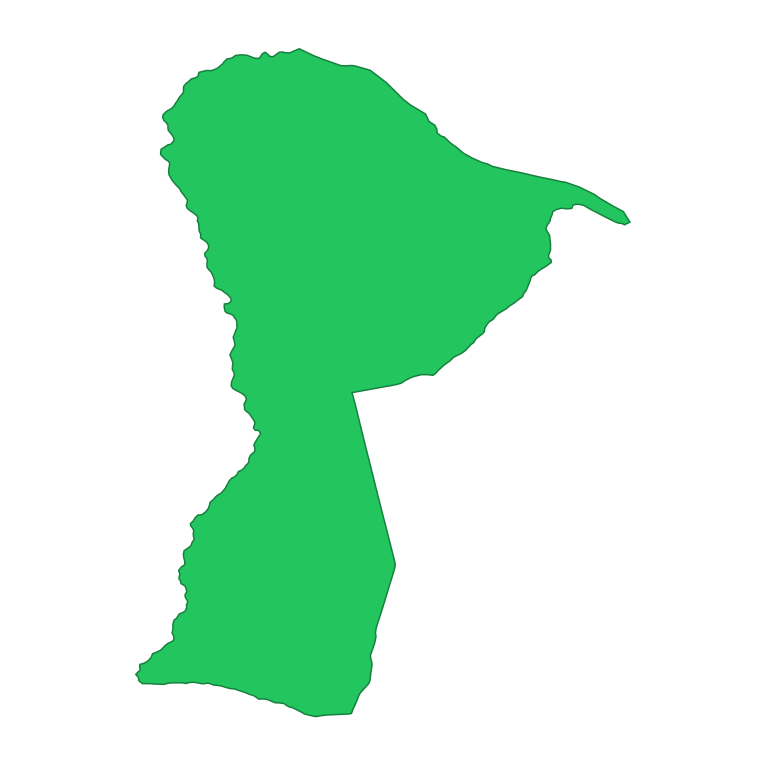 Bataguassu, Mato Grosso do Sul, Brazil, rotated 271°
{"feature_id": "56859067B16136345654597", "entity_name": "Bataguassu", "entity_type": "district", "adm_level": 2, "iso_a3": "BRA", "parent_name": "Brazil", "parent_adm1": "Mato Grosso do Sul", "projection": "equal_earth", "projection_center": [-52.609, -21.865], "detail": "fine", "context": "isolated", "style": "filled", "palette": "green", "viewbox_px": 768, "rotation_deg": 271, "n_neighbors": 0, "source": "geoboundaries", "source_scale": "gbopen_adm2", "svg_char_len": 5944}
<svg xmlns="http://www.w3.org/2000/svg" viewBox="0 0 768 768"><g transform="rotate(271 384 384)"><path d="M717.7,293.5L716.1,289.9L714.9,287.0L713.4,284.0L713.5,279.6L714.2,276.5L713.9,273.6L712.3,271.3L710.6,269.2L709.3,267.1L709.6,264.0L711.7,261.9L713.6,259.5L712.2,256.7L710.1,255.4L707.4,253.7L707.5,249.1L708.9,245.1L710.2,241.7L710.6,237.8L710.5,234.3L709.9,229.9L707.2,226.1L706.2,221.3L703.3,218.4L701.4,217.2L699.6,215.1L697.8,213.2L696.2,210.7L694.3,206.1L694.4,201.0L693.3,197.0L692.4,193.6L688.4,192.6L687.0,190.5L685.7,186.1L682.9,183.1L680.7,180.6L678.0,178.5L675.4,178.3L672.9,178.5L670.5,177.4L667.6,174.7L663.2,172.2L660.8,170.5L658.4,169.2L655.6,166.6L652.9,161.9L649.5,158.5L646.6,158.0L643.7,159.3L641.4,161.9L638.8,163.5L636.1,163.5L633.6,164.0L631.4,166.1L629.2,167.7L626.4,169.6L623.8,169.8L620.2,166.9L619.2,163.5L616.7,159.9L614.8,157.0L611.7,156.7L609.6,156.7L607.3,158.8L604.8,161.4L603.1,164.3L601.3,165.8L598.5,165.7L596.2,165.2L593.3,164.9L589.4,165.4L586.4,167.2L584.2,168.4L581.8,170.4L580.0,172.0L578.1,173.8L575.6,176.4L573.4,177.4L571.3,179.0L568.3,181.4L564.4,184.3L561.6,183.9L559.1,183.1L556.0,184.3L553.4,187.8L551.6,190.6L549.1,193.8L547.1,195.1L543.7,194.5L541.1,195.9L537.6,196.2L534.1,196.4L530.4,198.2L526.9,198.0L522.9,204.0L520.1,206.0L517.3,206.3L514.4,205.1L511.6,202.5L508.9,202.8L506.3,204.8L503.6,205.2L501.1,204.9L497.5,205.1L495.3,206.8L492.6,209.4L488.9,211.3L485.7,212.4L482.2,212.9L479.0,212.4L477.1,214.7L476.0,217.3L474.9,220.2L472.6,223.1L470.5,226.3L466.8,229.5L464.0,229.7L461.7,226.8L461.2,223.0L457.7,222.9L454.0,223.8L452.4,225.5L451.3,229.4L449.8,232.1L447.6,233.5L445.6,235.1L443.5,235.8L440.6,235.8L437.4,236.1L434.7,234.7L431.6,233.8L428.0,232.4L424.2,233.6L419.9,234.4L416.9,232.6L414.1,231.1L410.3,229.5L402.6,232.6L399.2,232.2L395.8,232.1L393.2,233.6L390.3,234.3L386.6,232.7L383.1,231.5L379.6,231.2L377.1,232.7L375.3,235.6L374.2,238.0L372.2,241.9L369.6,245.4L366.5,246.7L364.1,245.8L361.6,244.5L358.2,244.9L356.0,245.1L354.3,246.9L351.9,250.0L349.1,251.9L346.1,254.1L342.8,255.8L337.9,254.2L335.5,256.0L335.7,259.0L332.4,261.6L328.5,259.2L326.4,257.9L323.3,256.1L320.5,255.0L317.2,256.1L314.2,255.8L310.8,252.0L307.3,250.3L304.5,250.3L302.2,249.4L300.0,247.1L297.7,245.7L295.5,243.4L293.9,239.9L291.0,238.7L288.7,236.4L287.1,233.2L284.3,230.8L281.4,229.4L279.4,228.3L276.9,227.1L274.5,225.1L271.9,222.9L269.7,219.2L267.7,217.2L265.3,215.3L262.9,212.3L259.1,211.4L256.1,210.3L252.8,207.7L250.1,204.0L249.7,200.2L247.1,197.6L243.4,195.4L241.1,192.9L238.9,193.2L236.8,194.9L234.2,196.4L231.6,195.9L228.5,196.1L225.4,197.0L222.7,195.1L219.8,194.1L217.9,192.7L216.4,190.7L213.9,187.1L210.4,186.4L207.5,186.7L203.4,187.8L199.9,188.0L197.7,184.8L194.1,181.9L190.1,183.3L187.7,182.5L185.3,182.5L183.6,184.0L180.9,184.5L178.6,188.6L175.3,189.9L172.8,190.4L170.2,188.9L167.6,188.9L164.8,190.7L162.3,191.6L159.9,190.3L156.6,190.6L153.6,189.2L151.9,186.7L150.7,183.5L148.7,182.2L146.2,180.7L144.2,178.3L142.1,177.6L139.4,177.1L135.9,177.3L133.5,176.9L131.1,176.5L127.9,178.3L124.7,178.3L122.8,176.6L121.0,172.7L118.8,169.8L116.5,167.8L114.0,165.4L111.8,161.0L110.3,157.3L106.3,155.8L102.9,152.7L100.7,149.2L99.4,144.9L96.4,144.6L94.0,145.4L91.9,143.2L89.2,140.9L86.3,143.6L83.1,144.0L80.2,147.7L80.3,152.6L80.3,155.7L80.0,158.8L80.0,162.8L79.8,167.5L80.1,170.4L81.1,173.3L81.4,176.4L81.6,181.1L81.6,184.5L81.7,188.0L81.1,190.9L82.3,195.6L82.4,199.4L82.0,202.2L81.2,207.0L81.2,209.8L81.9,212.4L81.3,215.7L80.0,218.8L79.8,223.0L79.1,226.9L77.9,231.1L76.8,235.4L76.4,240.4L75.1,243.9L73.8,248.5L72.4,252.4L71.2,255.3L70.4,258.5L69.0,261.0L66.8,264.2L67.0,269.7L66.4,273.2L64.5,277.8L63.4,280.8L63.3,285.1L62.8,289.6L60.7,292.4L59.4,295.2L58.7,298.4L57.6,300.7L56.1,303.7L54.7,306.7L52.7,310.2L51.6,314.9L50.8,318.6L50.3,322.1L51.4,327.7L52.1,333.0L53.4,354.1L54.0,357.2L57.7,358.4L62.7,360.7L67.7,362.7L73.1,364.7L75.6,366.4L79.9,370.2L83.5,373.4L85.5,374.6L87.7,375.2L89.9,375.4L93.9,375.8L102.9,376.9L105.8,376.6L109.5,375.5L112.5,375.2L116.3,376.4L119.9,377.6L124.4,379.1L131.0,380.4L135.2,379.8L139.4,380.4L143.7,381.5L151.3,383.9L156.4,385.4L159.7,386.4L175.4,390.9L183.6,393.2L189.8,395.1L192.3,395.7L197.9,397.4L202.9,398.4L206.5,397.9L209.6,397.0L221.4,393.8L235.7,389.9L272.1,379.9L300.5,372.3L319.6,367.1L344.8,360.4L360.5,356.3L374.8,352.2L383.5,395.7L385.1,401.2L387.6,404.8L390.5,409.9L392.1,414.1L393.0,417.5L394.0,421.3L394.1,427.0L393.6,432.9L396.1,436.1L398.4,437.8L400.0,439.6L403.2,442.8L405.9,446.2L407.9,449.1L409.7,450.9L411.9,453.2L413.3,455.5L414.8,458.7L416.1,461.0L417.6,463.1L419.2,465.1L422.1,467.6L424.9,470.2L427.1,473.0L430.6,475.0L433.4,478.4L436.1,481.8L438.1,483.4L441.5,483.8L445.9,486.3L448.2,488.2L449.8,490.9L451.4,492.8L453.5,494.1L455.8,496.1L461.5,505.1L464.3,508.3L467.0,512.4L468.7,514.4L473.7,520.9L477.2,522.4L479.6,524.2L482.2,525.4L485.2,526.6L489.0,528.0L492.3,528.9L494.5,529.9L496.1,533.1L498.0,534.7L500.4,537.4L503.5,542.3L505.3,544.9L508.5,549.2L511.1,548.8L513.0,546.6L515.2,546.3L518.8,547.5L521.1,548.2L523.2,548.1L527.9,548.0L531.9,547.3L534.6,547.2L536.7,546.3L539.1,544.7L542.2,543.1L545.7,544.4L547.9,546.0L549.9,547.2L552.3,547.5L554.4,548.4L556.6,549.2L559.2,549.7L561.5,553.3L562.9,558.6L562.3,564.3L562.9,568.7L566.4,570.0L567.1,573.7L566.8,577.2L566.0,580.7L564.2,584.0L562.3,587.3L558.9,594.3L556.9,598.2L554.9,602.3L550.6,611.2L549.0,615.4L548.6,619.2L547.4,621.8L550.2,627.1L554.5,624.2L560.5,620.4L565.9,609.9L573.3,596.8L577.2,591.0L584.2,576.1L588.8,562.3L589.7,556.2L591.1,549.8L593.7,535.6L597.7,517.0L598.6,512.0L600.2,503.1L603.5,488.5L605.8,483.8L607.0,478.7L611.5,468.1L616.2,459.3L621.8,452.6L626.1,446.2L632.0,439.9L633.0,436.5L636.0,432.6L639.2,432.6L643.7,430.3L647.2,424.5L649.6,423.4L654.8,420.6L663.5,405.5L665.7,402.5L669.2,398.0L685.1,381.4L697.4,364.8L701.3,350.3L701.9,346.5L701.4,338.6L701.7,334.9L708.1,315.8L711.2,307.6L717.7,293.5Z" fill="#22c55e" stroke="#15803d" stroke-width="1.5"/></g></svg>